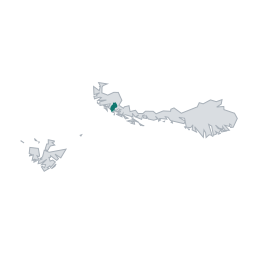 Kvænangen nor, Troms, Norway (highlighted), rotated 239°
{"feature_id": "86288312B24070411232655", "entity_name": "Kvænangen nor", "entity_type": "district", "adm_level": 2, "iso_a3": "NOR", "parent_name": "Norway", "parent_adm1": "Troms", "projection": "albers", "projection_center": [21.813, 69.853], "detail": "fine", "context": "in_parent", "style": "filled", "palette": "teal", "viewbox_px": 256, "rotation_deg": 239, "n_neighbors": 0, "source": "geoboundaries", "source_scale": "gbopen_adm2", "svg_char_len": 6103}
<svg xmlns="http://www.w3.org/2000/svg" viewBox="0 0 256 256"><g transform="rotate(239 128 128)"><path d="M152.2,131.9L147.3,134.2L148.0,135.8L146.6,140.3L141.0,138.2L139.3,143.6L135.4,144.0L132.7,148.1L133.4,151.6L129.3,158.2L125.7,159.4L124.5,167.0L120.4,173.1L122.0,174.4L121.5,177.8L113.2,181.3L110.4,198.3L113.0,202.1L110.0,204.9L109.6,213.2L105.1,217.2L103.9,223.2L100.5,220.2L100.3,214.8L97.1,221.2L94.3,219.7L85.8,226.9L79.9,226.6L74.5,218.6L75.6,216.2L77.5,218.0L79.1,217.2L77.1,215.8L80.5,212.3L73.9,213.7L75.7,210.2L80.3,209.8L78.2,208.8L80.9,206.0L85.4,204.5L81.2,205.0L75.0,210.1L76.4,206.2L78.6,206.5L76.9,202.9L79.8,201.4L77.3,201.2L77.8,197.5L86.5,200.7L89.6,199.0L78.6,196.3L80.4,194.0L79.6,190.0L84.0,192.1L87.2,192.1L81.2,187.8L94.8,185.8L89.2,184.6L93.4,182.0L97.3,185.3L96.0,182.0L98.6,178.4L107.2,181.5L110.9,177.1L104.4,180.5L102.8,178.3L112.5,168.3L116.6,167.8L118.5,165.8L115.5,165.9L119.8,160.2L119.1,158.8L124.0,157.6L120.5,157.8L121.4,154.1L125.2,150.1L129.9,149.9L126.5,148.9L128.7,146.3L130.7,148.6L131.2,147.1L128.4,144.1L133.0,140.7L133.7,144.0L133.7,139.9L138.4,139.3L134.9,138.0L140.7,132.6L141.3,129.8L143.2,131.3L142.5,129.6L146.1,126.9L145.8,130.4L148.2,125.6L147.3,131.2L149.4,129.6L149.1,126.0L153.4,126.7L151.5,123.0L155.6,121.7L157.8,125.3L161.8,115.6L165.0,117.2L163.1,123.9L167.1,116.2L167.7,120.8L168.9,119.8L170.2,114.3L172.7,115.1L171.5,118.0L172.6,118.0L172.8,121.9L174.1,116.0L181.3,119.9L174.8,122.6L178.1,125.9L182.1,126.2L176.5,132.9L177.2,128.6L176.4,126.8L171.6,123.7L166.6,127.6L165.9,134.1L163.5,138.0L154.9,137.0L152.2,131.9ZM143.7,32.6L146.2,35.0L145.6,38.7L147.0,36.8L147.3,39.9L152.1,44.8L147.8,47.9L141.8,64.0L137.0,55.0L143.2,52.0L137.5,52.6L137.0,50.2L144.1,47.4L142.8,46.5L143.5,45.1L139.7,44.2L139.3,46.9L136.3,48.2L134.0,41.2L135.8,41.5L135.6,38.4L134.0,39.6L134.1,33.9L139.2,33.8L139.5,34.7L137.0,36.1L139.1,38.5L141.1,34.8L143.0,42.2L142.7,35.5L143.7,32.6ZM149.6,29.1L153.7,33.0L154.8,29.2L155.3,29.6L155.0,31.7L157.1,30.2L161.9,33.9L156.7,40.6L150.0,38.0L149.2,37.0L151.1,35.7L147.6,35.4L146.9,33.9L148.0,33.0L146.5,31.9L148.8,32.3L148.6,30.4L149.5,31.3L149.6,29.1ZM152.5,46.1L156.1,50.1L155.4,51.5L159.0,53.6L154.9,58.1L154.1,57.7L154.6,55.5L151.1,56.4L152.6,52.2L149.9,47.1L152.5,46.1ZM132.4,137.5L135.2,136.3L126.9,140.3L131.3,136.9L132.0,133.0L134.3,131.1L132.4,137.5ZM137.2,130.5L140.7,130.4L136.4,133.1L137.2,130.5ZM140.8,128.5L145.9,124.9L143.1,128.9L140.8,128.5ZM132.5,41.4L134.0,46.0L134.3,47.9L132.8,45.5L132.5,41.4ZM130.4,133.2L130.7,136.8L127.9,135.6L130.4,133.2ZM157.8,117.6L156.0,120.2L153.4,119.1L156.4,118.6L157.8,117.6ZM158.2,119.4L157.4,122.4L156.3,121.6L158.2,119.4ZM123.6,140.2L126.5,139.8L123.2,141.7L123.6,140.2ZM172.0,29.8L168.7,31.2L172.0,29.6L172.0,29.8ZM165.0,42.1L167.2,42.4L164.0,43.2L165.0,42.1ZM163.4,115.3L165.3,114.6L165.9,115.1L163.4,115.3ZM159.4,118.6L159.1,120.2L158.6,118.9L159.4,118.6ZM149.3,123.0L149.2,124.6L148.4,124.0L149.3,123.0ZM146.4,83.3L146.1,84.8L145.4,83.5L146.4,83.3ZM162.5,44.7L161.5,44.6L161.3,44.1L162.5,44.7ZM110.7,167.9L111.1,169.3L109.4,168.7L110.7,167.9ZM146.0,122.6L146.9,123.2L147.4,124.2L146.0,122.6ZM147.2,30.1L147.5,31.1L147.0,30.7L147.2,30.1ZM99.6,177.7L97.6,177.4L99.8,177.1L99.6,177.7ZM96.3,179.2L95.3,180.1L95.0,179.4L96.3,179.2ZM122.7,142.0L121.6,143.1L122.9,141.1L122.7,142.0ZM76.4,203.3L75.7,204.9L76.1,202.7L76.4,203.3ZM118.3,158.9L118.0,157.8L118.6,158.0L118.3,158.9ZM178.3,124.4L178.3,125.7L178.2,125.5L178.3,124.4ZM118.6,160.0L117.5,160.1L118.9,159.8L118.6,160.0ZM115.1,161.9L115.0,162.9L114.6,162.5L115.1,161.9ZM77.8,196.0L77.0,196.9L77.4,196.1L77.8,196.0Z" fill="#d9dde1" stroke="#a8b0b8" stroke-width="1"/><path d="M150.9,123.1L150.9,123.3L151.0,123.3L151.1,123.5L151.3,123.7L151.4,123.8L151.5,123.7L151.8,123.6L151.7,123.8L151.7,124.0L151.8,124.2L151.8,124.3L152.0,124.4L152.1,124.2L152.2,124.3L152.4,124.6L152.5,124.6L152.9,124.6L152.8,124.4L152.9,124.5L153.0,124.5L153.3,124.5L153.4,124.4L153.5,124.3L153.4,124.2L153.5,124.2L153.5,124.3L153.6,124.2L153.7,124.3L153.5,124.5L153.4,124.5L153.2,124.6L152.9,124.8L153.0,125.1L153.3,125.0L153.6,124.9L153.8,124.9L153.7,125.0L153.6,125.3L153.6,125.5L153.6,125.8L153.4,125.7L153.5,125.7L153.5,125.4L153.4,125.3L153.1,125.4L153.1,125.5L153.0,125.8L153.1,126.0L153.2,126.3L153.3,126.4L153.5,126.5L153.4,126.6L153.1,126.6L153.2,126.8L153.3,126.9L153.7,127.2L153.8,127.3L153.7,127.3L153.9,127.5L153.7,127.6L153.7,127.8L153.6,127.7L153.4,127.6L153.5,127.6L153.5,127.4L153.4,127.4L153.2,127.2L153.1,126.8L153.1,126.7L152.9,126.6L152.7,126.3L152.5,126.2L152.3,126.1L152.2,126.1L152.1,125.9L152.1,125.7L151.9,125.5L151.9,125.4L152.0,125.5L152.0,125.4L151.8,125.2L151.7,125.2L151.4,125.0L151.2,125.1L151.0,125.3L151.7,125.5L151.8,125.8L151.9,126.0L152.0,126.1L152.2,126.3L152.2,126.5L152.3,126.7L152.5,126.8L152.7,127.0L152.6,127.5L152.5,127.9L152.4,128.0L152.2,128.4L152.3,128.7L152.3,129.1L152.7,129.5L152.9,129.4L153.2,129.6L153.7,129.3L153.9,129.3L154.2,129.4L154.2,129.8L154.4,130.0L154.7,129.9L155.1,129.7L155.5,129.6L155.8,129.7L155.8,129.4L155.9,129.2L156.0,129.1L156.0,128.8L156.2,128.7L156.4,128.4L156.2,128.3L155.9,128.5L155.3,128.0L155.2,127.8L155.3,127.5L155.2,127.3L154.9,127.1L155.0,126.9L155.2,126.6L154.9,126.4L155.2,126.1L155.1,125.9L154.9,125.9L154.4,125.7L154.2,125.6L154.3,125.4L154.2,125.4L154.1,125.1L154.2,124.9L154.1,124.7L153.8,124.1L153.9,123.9L153.8,123.6L153.7,123.6L153.4,123.8L153.2,123.7L153.2,123.9L153.1,124.0L152.9,124.3L152.9,124.2L152.6,124.1L152.6,123.9L152.4,123.8L152.4,123.7L152.2,123.5L152.3,123.5L152.3,123.4L152.1,123.4L152.0,123.5L151.9,123.5L151.9,123.4L151.7,123.5L151.7,123.4L151.4,123.3L151.3,123.2L151.1,123.2L150.9,123.1ZM152.6,125.0L152.4,124.9L152.2,124.9L152.1,125.0L152.3,125.1L152.5,125.2L152.5,125.3L152.5,125.2L152.6,125.0ZM152.6,125.7L152.4,125.7L152.4,125.8L152.5,126.0L152.5,125.9L152.6,126.0L152.6,125.9L152.6,125.7ZM151.5,124.3L151.5,124.2L151.4,124.1L151.2,124.2L151.3,124.2L151.2,124.2L151.3,124.3L151.5,124.3ZM152.9,125.9L152.8,126.0L152.9,126.3L153.0,126.3L153.0,126.2L152.9,126.0L152.9,125.9Z" fill="#14b8a6" stroke="#0f766e" stroke-width="1.5"/></g></svg>